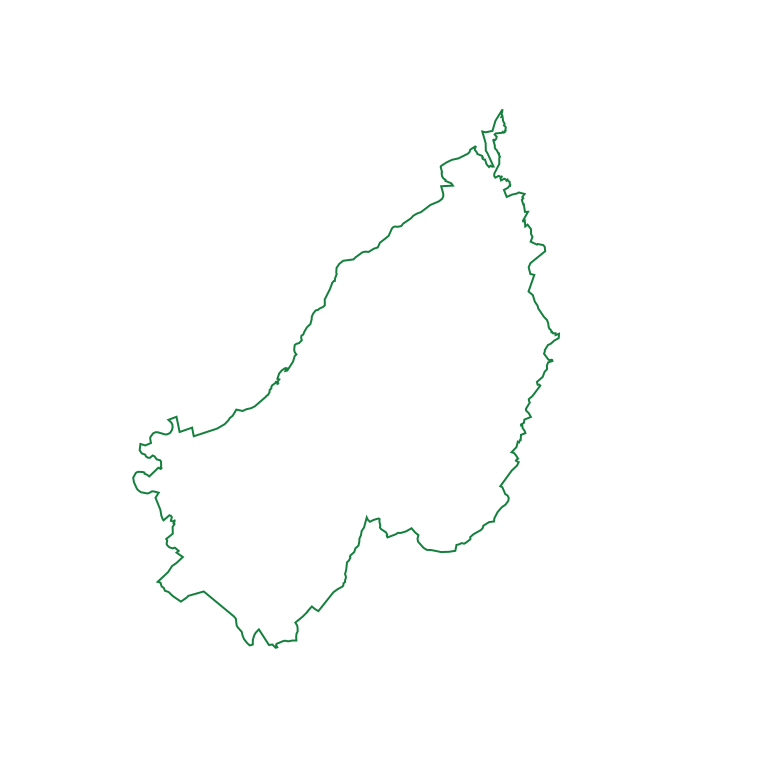 Gornesti, Mures, Romania (Robinson projection), rotated 304°
{"feature_id": "2599482B61997995106297", "entity_name": "Gornesti", "entity_type": "district", "adm_level": 2, "iso_a3": "ROU", "parent_name": "Romania", "parent_adm1": "Mures", "projection": "robinson", "projection_center": [24.739, 46.67], "detail": "fine", "context": "isolated", "style": "outline", "palette": "green", "viewbox_px": 768, "rotation_deg": 304, "n_neighbors": 0, "source": "geoboundaries", "source_scale": "gbopen_adm2", "svg_char_len": 6149}
<svg xmlns="http://www.w3.org/2000/svg" viewBox="0 0 768 768"><g transform="rotate(304 384 384)"><path d="M470.0,514.5L470.3,513.1L469.3,511.8L471.2,509.6L478.6,511.6L483.9,510.3L487.4,510.9L490.4,508.7L493.8,508.0L497.2,510.8L497.9,510.1L497.9,509.4L496.8,508.5L496.1,506.8L498.6,499.7L500.8,499.2L501.9,498.4L507.9,498.1L510.8,499.8L515.3,500.9L519.7,503.2L523.5,501.0L520.5,498.9L522.0,497.8L520.5,495.9L521.0,494.7L520.6,494.0L521.4,493.8L521.6,492.6L522.3,491.6L522.2,490.5L523.1,488.9L526.3,486.0L528.2,483.3L529.1,479.0L532.9,469.6L534.8,467.5L536.6,463.0L540.9,457.7L541.5,452.1L558.5,447.6L557.1,443.8L561.6,438.7L566.0,437.8L584.3,443.4L587.7,440.4L588.2,438.3L586.0,433.1L585.1,432.9L584.0,426.0L589.1,424.8L590.4,422.2L594.6,419.2L596.4,413.9L593.6,413.0L598.3,409.2L596.7,408.4L597.0,407.9L607.3,407.1L605.5,404.6L611.1,399.4L610.7,399.1L613.7,395.3L615.8,395.6L616.2,394.2L620.2,394.3L618.2,388.7L616.3,387.7L612.8,384.4L607.7,381.1L612.0,374.9L616.0,377.0L618.0,377.1L618.6,377.8L619.8,377.3L620.1,376.4L621.9,375.1L621.9,373.0L622.5,372.2L621.0,371.9L621.7,370.6L621.4,368.9L618.2,367.2L619.7,365.5L622.4,365.9L620.8,364.7L620.7,362.7L617.3,360.9L618.1,359.0L620.1,357.8L631.0,356.5L635.4,353.4L637.3,353.0L637.3,352.3L639.2,350.6L638.8,350.4L640.9,346.7L641.2,344.8L642.2,343.4L643.7,342.5L647.3,338.2L647.8,338.3L648.1,339.6L649.9,339.9L652.0,339.2L652.7,336.2L654.1,336.4L658.1,341.2L659.4,341.5L659.0,342.2L659.2,342.6L660.3,343.3L661.2,342.8L662.0,343.2L662.3,342.6L664.7,341.6L665.4,340.2L665.4,338.9L667.2,338.5L668.6,335.7L672.0,332.7L671.2,332.0L672.8,331.7L673.9,330.1L675.2,330.0L678.0,328.7L664.5,329.2L654.5,332.4L649.5,327.5L648.3,324.3L640.5,333.6L634.4,337.9L633.2,340.7L625.5,353.2L624.5,351.8L624.5,350.1L622.6,349.8L623.0,347.9L623.8,345.7L626.6,342.2L625.8,340.9L625.9,339.8L626.6,338.9L627.3,339.1L628.0,337.8L626.9,332.9L628.1,331.0L628.8,328.6L629.9,327.6L631.9,327.4L631.9,326.8L626.6,324.5L623.9,325.2L621.5,324.6L612.6,319.5L607.9,315.0L602.4,311.8L596.6,309.4L595.8,309.5L592.0,313.7L591.3,313.7L588.8,315.8L587.7,318.1L587.6,320.9L586.7,321.3L588.0,327.5L587.0,330.2L579.9,320.8L575.0,326.6L573.0,328.1L570.2,328.7L566.2,327.4L558.3,322.3L547.3,318.6L543.5,315.9L539.9,314.2L536.4,313.7L527.7,310.2L524.6,310.0L522.1,307.6L520.6,304.9L519.3,304.0L517.5,303.6L509.3,305.0L498.8,301.6L493.8,302.5L490.3,299.8L484.9,297.4L483.3,294.5L481.2,292.5L472.9,289.5L470.3,289.1L463.3,281.2L458.4,279.7L453.6,279.8L449.6,282.2L448.7,283.3L444.1,284.4L441.9,285.6L441.4,284.8L439.1,284.5L432.6,286.1L420.9,287.6L416.2,290.9L413.9,290.4L410.4,288.3L408.6,287.9L406.8,286.2L402.7,285.9L399.4,286.5L397.1,287.9L392.4,289.5L387.9,288.4L383.0,288.7L379.8,289.4L378.0,288.5L375.8,289.6L374.3,291.4L370.4,290.7L368.3,288.9L366.3,288.2L361.8,290.6L360.3,292.5L359.5,294.9L357.4,294.3L351.5,296.1L341.2,296.3L339.7,295.0L342.5,294.3L342.0,293.3L338.3,291.7L334.2,291.2L328.7,292.7L329.2,294.6L326.6,294.4L325.3,296.0L324.5,295.6L325.9,294.0L325.4,293.2L324.2,293.4L320.1,292.0L318.7,292.2L317.2,293.1L315.3,292.5L312.9,293.8L309.6,293.9L308.7,293.2L307.3,293.2L293.3,289.4L289.7,287.4L286.2,284.1L282.6,281.9L280.2,275.9L273.0,276.3L269.6,275.2L266.8,275.3L261.6,274.4L253.6,270.5L234.3,255.5L240.5,249.3L229.9,241.4L240.8,230.3L233.7,225.3L233.1,229.2L232.0,231.3L229.7,233.1L226.9,234.0L223.7,234.0L220.9,232.3L219.7,230.5L217.5,223.5L216.1,221.4L213.9,220.2L209.5,220.0L207.9,220.7L204.8,223.8L199.6,220.5L198.1,215.6L192.4,218.5L191.0,222.0L191.9,225.4L190.9,227.1L190.8,229.3L191.9,231.2L195.4,232.2L195.7,234.1L194.4,237.7L195.6,241.1L195.0,242.5L191.6,245.0L190.3,245.3L190.0,246.5L188.7,246.4L188.3,243.7L176.1,241.1L176.3,238.4L175.7,235.6L176.6,234.9L176.2,233.3L173.8,229.4L172.5,228.4L171.5,228.0L166.0,228.5L162.7,231.7L159.0,237.7L158.4,239.9L158.4,243.1L160.9,249.0L162.2,250.2L165.2,251.6L166.2,253.2L167.9,258.0L161.9,258.2L154.7,268.9L150.3,273.1L148.0,276.5L147.7,277.5L155.2,279.5L155.5,281.3L154.9,282.6L151.4,283.8L152.0,285.8L153.7,286.7L153.4,287.1L150.7,287.5L150.7,288.6L147.3,288.7L141.8,292.6L133.7,290.1L133.0,291.8L129.8,293.2L129.0,294.8L128.6,297.3L129.5,300.7L131.3,302.0L131.3,302.8L130.8,307.1L128.2,306.3L128.1,314.0L119.5,312.0L114.7,310.1L107.3,310.2L93.4,307.0L94.3,309.8L91.8,312.9L91.8,315.5L90.1,318.0L91.1,321.7L90.1,327.3L90.0,337.3L97.0,340.0L98.9,340.2L111.2,350.6L107.4,389.4L106.6,392.4L101.6,396.7L100.7,398.2L98.9,404.8L96.6,407.1L94.2,410.7L92.7,415.4L92.2,418.9L94.6,420.9L98.6,418.3L102.8,417.0L105.8,416.7L110.6,417.5L103.3,434.6L105.6,437.1L104.7,441.7L106.1,442.7L107.1,440.6L108.5,440.2L114.8,444.4L115.9,445.6L117.1,448.5L120.2,451.6L122.3,454.8L125.1,452.7L128.0,451.1L130.6,450.8L133.5,448.7L135.2,447.1L136.6,443.9L145.9,446.7L152.5,448.0L152.7,447.7L159.2,448.6L158.8,452.6L159.0,456.6L183.0,458.5L188.0,460.3L193.0,462.9L194.3,462.9L196.1,461.9L198.1,462.5L199.2,461.6L201.9,460.8L203.2,460.0L204.6,458.0L208.3,456.8L215.4,453.1L218.2,453.6L221.3,453.2L221.8,452.3L223.3,452.1L228.0,453.3L231.8,452.2L235.7,453.2L239.7,451.6L242.0,450.1L245.7,449.5L249.6,447.7L253.9,447.7L263.7,444.3L262.5,446.3L261.9,449.4L265.4,451.3L269.5,454.7L269.6,455.8L267.3,457.2L264.3,460.3L262.8,460.8L262.1,462.4L262.1,468.7L260.8,471.0L259.7,471.1L258.8,472.7L266.0,477.8L268.3,478.7L269.9,481.2L274.3,484.8L279.8,487.5L278.3,492.9L278.0,497.0L274.5,498.3L272.4,500.3L270.3,508.2L270.4,512.2L272.9,516.3L276.6,525.3L281.2,531.7L285.6,536.4L291.1,534.1L293.3,536.1L295.5,537.3L296.4,539.7L298.2,540.6L303.1,542.3L303.9,542.3L305.2,541.1L309.5,542.2L317.1,546.0L320.0,546.4L322.1,545.6L328.2,548.3L331.6,552.1L334.3,550.6L341.3,549.8L347.5,550.5L351.9,552.2L356.7,552.4L359.3,551.1L360.3,549.5L360.7,547.9L360.5,546.2L364.6,539.8L364.3,537.6L383.6,538.3L390.7,539.9L394.5,539.4L394.2,536.3L395.6,536.2L397.1,536.9L398.6,533.4L399.5,530.4L398.8,527.9L405.8,529.1L411.0,527.2L411.1,528.6L413.7,528.1L414.0,528.6L418.5,526.0L422.3,528.7L423.9,526.5L425.0,523.6L427.3,521.5L426.3,521.0L427.0,520.2L430.0,521.7L433.0,520.3L438.8,524.2L440.7,520.5L441.5,516.5L442.7,515.6L450.2,515.2L451.1,513.6L452.4,512.5L456.9,513.8L470.0,514.5Z" fill="none" stroke="#15803d" stroke-width="2"/></g></svg>